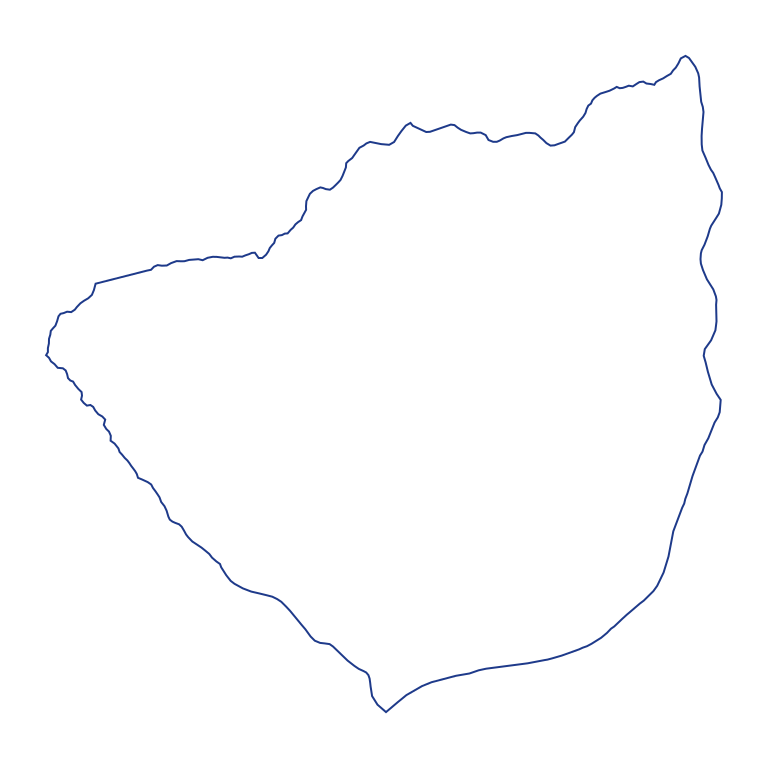 Aparecida do Taboado, Mato Grosso do Sul, Brazil (Natural Earth projection)
{"feature_id": "56859067B67152949964175", "entity_name": "Aparecida do Taboado", "entity_type": "district", "adm_level": 2, "iso_a3": "BRA", "parent_name": "Brazil", "parent_adm1": "Mato Grosso do Sul", "projection": "natural_earth1", "projection_center": [-51.332, -20.072], "detail": "fine", "context": "isolated", "style": "outline", "palette": "blue", "viewbox_px": 768, "rotation_deg": 0, "n_neighbors": 0, "source": "geoboundaries", "source_scale": "gbopen_adm2", "svg_char_len": 4501}
<svg xmlns="http://www.w3.org/2000/svg" viewBox="0 0 768 768"><path d="M685.5,55.9L680.8,58.4L678.4,63.4L675.8,67.6L673.1,70.4L670.8,73.8L666.9,76.0L663.1,78.4L659.1,80.2L656.0,82.1L654.3,84.8L650.6,84.0L646.4,83.5L643.3,81.6L639.4,82.1L636.7,83.8L632.8,86.4L628.8,85.7L625.7,86.9L622.7,87.9L619.7,88.2L616.7,86.9L614.1,88.5L609.6,90.7L605.3,92.1L600.4,93.6L596.9,95.9L594.6,97.8L592.4,100.3L591.0,103.6L588.3,105.6L586.6,109.1L585.5,112.9L583.2,116.7L579.8,120.5L577.8,123.2L575.2,127.1L573.9,132.2L571.9,134.7L568.9,137.6L564.9,141.6L561.8,142.7L558.6,143.8L554.5,145.3L550.5,145.6L546.4,143.1L543.2,139.9L540.5,137.6L538.4,135.5L535.3,133.4L529.8,132.9L525.8,132.9L521.5,134.0L517.2,135.1L511.8,136.0L506.3,137.2L503.4,138.4L499.7,140.6L496.8,141.8L493.1,141.8L488.5,140.0L485.7,135.1L480.7,132.6L477.1,132.6L473.3,133.2L470.2,133.4L466.2,132.0L461.0,129.8L457.6,127.6L454.5,125.1L450.8,124.6L446.2,126.2L430.0,131.8L426.2,132.0L412.8,125.8L410.5,122.9L405.8,125.6L401.4,131.1L397.9,136.0L394.1,142.0L389.2,144.8L381.1,144.1L370.1,141.9L366.4,143.4L363.7,145.5L359.4,147.8L354.5,154.7L352.2,158.0L348.3,161.0L346.2,163.2L345.9,167.4L344.1,172.0L342.5,176.0L340.5,180.0L338.2,182.5L335.6,185.1L333.0,187.6L329.9,189.7L325.8,189.1L323.0,188.0L320.3,187.4L316.4,189.1L313.0,190.9L309.9,193.8L308.4,196.9L306.4,201.1L306.0,206.2L306.1,209.8L304.2,213.3L302.5,216.4L301.1,220.1L298.1,222.1L295.4,224.4L293.2,227.6L290.7,229.8L287.6,233.4L284.8,233.6L281.9,235.1L278.5,235.6L275.4,238.7L274.2,242.9L271.9,245.4L269.8,248.0L268.4,251.3L266.1,254.7L262.3,258.0L258.6,258.0L256.8,255.4L254.9,252.7L251.8,252.9L248.9,254.2L245.3,255.4L242.2,256.7L239.4,256.5L234.5,256.7L230.8,258.3L227.6,257.6L224.5,257.8L221.0,257.4L216.8,256.9L212.8,256.8L207.6,257.8L202.7,260.2L198.3,259.2L193.3,259.6L189.2,259.9L184.5,261.2L181.7,261.3L176.6,261.1L171.1,263.1L166.8,265.5L161.9,265.7L157.7,265.1L154.0,266.7L151.0,269.8L147.0,270.6L95.6,283.7L93.9,290.1L91.9,294.9L88.2,298.3L84.1,300.7L80.4,303.3L76.9,307.0L74.8,309.7L71.2,312.1L67.1,311.7L63.6,313.1L60.5,313.8L58.5,316.3L57.1,321.2L55.4,325.7L52.9,328.4L50.8,330.9L50.3,334.7L49.0,338.9L48.9,343.5L47.9,348.1L47.9,352.1L46.1,355.2L49.0,357.8L51.0,361.4L54.5,364.1L57.7,367.8L62.9,368.3L65.7,370.5L67.1,374.1L68.0,378.1L70.3,380.5L73.1,381.6L75.1,385.0L78.4,389.0L81.6,392.1L82.0,395.7L81.1,399.6L83.7,402.9L86.9,405.6L90.4,405.0L93.2,406.9L95.2,410.5L98.3,414.2L102.3,416.5L105.2,419.6L103.8,424.9L106.3,429.0L109.0,431.6L110.8,435.8L110.6,440.7L114.6,443.6L118.4,448.4L119.6,452.0L122.2,454.8L124.7,457.9L127.4,460.5L129.3,463.0L131.2,465.9L133.2,468.5L135.2,471.2L136.8,474.0L138.0,477.8L142.3,479.6L147.7,482.1L151.2,484.5L153.0,488.0L155.4,491.2L157.4,494.1L159.5,497.3L161.2,502.0L164.5,506.2L166.6,510.7L168.4,516.7L169.8,519.6L172.4,521.6L175.3,522.9L179.1,524.3L181.7,526.7L184.0,530.6L186.1,534.5L188.2,537.2L192.3,541.5L201.5,547.6L205.1,550.5L209.3,554.0L212.0,557.6L216.3,561.4L220.0,564.0L221.2,567.3L226.3,575.3L230.7,580.9L234.5,583.8L242.9,588.4L251.3,591.6L259.1,593.4L266.5,595.2L272.3,596.7L277.2,599.1L281.3,601.8L286.4,606.9L290.2,611.0L301.3,624.5L305.3,629.2L310.6,636.5L314.8,640.7L320.1,642.9L324.6,643.4L329.6,644.1L333.0,646.5L347.6,660.6L354.4,665.9L358.8,668.9L363.6,671.1L366.2,672.5L368.4,675.1L369.6,678.6L370.2,682.9L370.6,686.5L372.1,696.1L377.5,704.7L386.0,712.1L398.2,701.8L406.4,695.1L422.0,686.1L431.6,682.2L455.9,675.8L469.4,673.5L478.7,670.3L486.1,668.7L527.7,663.3L544.5,660.1L547.5,659.6L552.4,658.3L561.7,655.6L579.0,649.4L582.7,647.7L587.0,646.2L591.5,643.8L601.1,637.8L607.0,632.9L611.0,628.7L614.2,626.5L622.2,618.9L626.8,614.7L629.2,612.7L639.8,603.6L643.8,600.6L653.4,591.1L657.2,585.8L663.6,572.5L668.5,556.5L673.3,531.3L682.2,507.7L684.2,503.6L685.3,498.9L687.4,493.4L692.5,476.1L700.0,455.6L702.5,451.6L704.5,445.0L708.3,438.3L714.6,422.5L717.8,417.4L719.7,412.2L720.7,399.9L716.6,393.8L711.7,384.5L707.9,371.8L705.6,362.3L703.7,355.8L704.8,349.1L711.1,340.3L715.4,330.3L716.0,325.6L716.5,321.4L716.1,304.7L716.5,300.0L715.9,296.4L713.3,289.4L706.9,279.3L703.0,270.1L700.9,263.6L700.5,259.1L700.9,253.4L701.7,250.2L704.5,244.7L707.7,236.3L709.9,228.8L711.2,225.7L716.4,217.6L718.9,213.6L721.3,204.8L721.8,198.4L721.9,192.1L719.8,188.4L718.5,184.9L715.1,177.1L713.2,172.9L711.0,169.8L708.5,164.9L705.6,157.8L702.4,150.5L701.7,144.3L701.6,136.0L702.0,129.1L703.5,112.0L702.8,106.9L701.2,101.8L699.6,86.5L699.1,77.5L698.2,73.3L695.3,66.8L689.0,58.0L685.5,55.9Z" fill="none" stroke="#1e3a8a" stroke-width="2"/></svg>